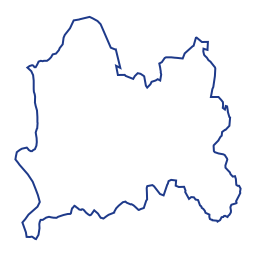 Kachia, Kaduna, Nigeria
{"feature_id": "59680162B32850327292174", "entity_name": "Kachia", "entity_type": "district", "adm_level": 2, "iso_a3": "NGA", "parent_name": "Nigeria", "parent_adm1": "Kaduna", "projection": "equal_earth", "projection_center": [7.682, 9.854], "detail": "fine", "context": "isolated", "style": "outline", "palette": "blue", "viewbox_px": 256, "rotation_deg": 0, "n_neighbors": 0, "source": "geoboundaries", "source_scale": "gbopen_adm2", "svg_char_len": 4031}
<svg xmlns="http://www.w3.org/2000/svg" viewBox="0 0 256 256"><path d="M26.6,236.9L29.9,237.0L31.3,236.7L31.9,236.7L32.3,236.8L35.1,238.8L36.0,239.1L38.5,234.8L39.5,228.3L39.5,228.2L39.3,224.1L39.7,222.0L40.6,219.9L42.7,219.9L46.2,217.6L49.0,216.8L51.0,217.3L53.5,217.7L56.0,217.8L56.6,217.8L58.1,216.8L63.5,215.0L67.7,214.0L70.3,213.9L70.9,213.3L71.5,210.4L72.1,208.3L72.6,208.0L74.4,205.8L75.4,206.3L76.5,207.4L77.1,207.7L77.4,207.9L79.2,209.5L81.1,209.9L81.6,209.4L82.7,209.3L83.8,210.0L86.1,212.7L88.5,214.6L89.9,215.3L91.1,214.7L94.2,210.3L98.0,213.6L98.6,214.6L100.7,217.8L101.4,217.9L101.6,217.9L103.2,218.5L103.5,218.5L106.4,216.3L108.6,214.8L109.1,214.6L114.2,212.6L114.2,211.9L116.2,208.3L118.7,205.7L122.9,202.2L125.5,201.6L126.5,202.6L130.7,204.4L131.5,204.2L133.6,205.4L135.4,207.0L138.5,209.9L138.8,209.8L139.4,209.8L140.3,209.2L143.8,208.0L146.2,200.7L147.1,199.4L146.9,192.5L146.7,188.1L147.2,186.2L147.3,186.1L152.4,185.1L153.9,186.2L154.2,186.5L160.0,194.0L163.6,195.4L164.0,194.3L167.3,184.5L167.9,183.7L168.2,182.3L168.6,181.1L171.1,179.9L171.3,179.9L176.1,180.5L175.7,185.7L178.8,187.0L184.1,186.8L185.5,190.6L185.2,192.0L189.0,198.9L191.2,197.1L193.9,197.3L195.6,199.6L195.8,199.6L196.1,199.6L198.1,200.1L200.0,205.4L201.2,206.3L201.4,206.6L201.7,207.8L203.3,208.9L204.8,210.8L205.5,212.8L209.4,214.6L209.4,215.4L209.4,215.5L209.3,216.8L209.9,219.0L211.4,219.7L211.5,219.7L212.2,219.8L212.4,220.0L212.5,220.3L217.0,220.7L217.5,221.6L220.1,220.1L221.6,217.2L223.3,217.0L223.9,216.1L225.0,215.8L227.5,217.0L228.3,215.7L229.5,214.7L230.8,212.5L230.8,212.4L231.0,210.9L230.5,208.1L230.5,207.6L230.4,207.3L230.5,206.9L231.2,205.1L231.5,204.7L236.1,203.3L236.6,202.9L236.1,201.2L238.6,196.4L240.3,193.0L240.0,192.0L240.6,188.6L239.1,185.8L237.6,185.8L236.3,184.8L235.9,179.5L235.9,179.1L235.0,176.2L232.8,176.6L231.3,175.0L231.1,174.8L230.4,173.9L229.9,172.4L227.8,170.2L225.5,167.7L225.4,165.5L227.3,159.6L227.0,158.5L224.7,155.0L223.2,154.3L218.8,153.5L218.7,153.5L214.8,152.2L213.9,151.1L213.6,145.9L213.8,145.2L218.5,140.4L218.6,140.0L220.5,136.8L221.7,135.7L222.1,132.0L224.9,129.9L225.5,129.9L229.4,125.8L230.1,117.5L229.4,117.1L227.8,111.7L227.9,111.4L227.1,106.4L226.2,106.1L225.8,106.0L224.9,109.5L222.8,107.9L223.1,105.2L222.9,102.1L221.5,100.3L218.5,97.0L210.9,97.0L212.4,89.0L213.3,87.0L214.9,76.1L215.3,68.5L215.0,67.4L211.8,63.4L210.5,61.7L208.4,60.1L206.9,57.7L204.4,55.3L204.0,54.4L203.3,51.4L203.5,48.7L205.3,49.3L207.5,49.9L207.6,47.8L207.9,41.9L201.9,42.0L196.6,37.6L195.9,37.8L193.6,45.8L192.6,46.3L184.7,53.4L182.7,58.5L177.2,57.9L174.6,57.7L171.0,57.3L166.1,57.3L164.7,58.0L161.8,62.2L159.3,63.5L160.2,67.9L160.4,69.4L160.7,71.0L160.8,72.2L160.7,72.5L161.2,74.5L160.2,80.5L157.7,79.2L155.6,80.5L154.4,80.9L151.6,81.8L150.4,84.3L147.2,87.6L145.9,85.7L144.2,76.4L143.7,75.9L140.5,73.8L137.7,73.2L134.8,76.1L133.2,78.9L125.6,75.9L125.4,75.6L124.7,74.9L124.3,74.9L117.9,75.0L116.1,65.8L120.3,67.9L115.8,49.4L115.3,49.5L110.8,47.7L102.1,27.6L100.6,24.2L97.5,21.0L92.6,18.3L89.6,16.9L79.6,19.3L79.2,19.5L73.7,20.4L70.0,28.3L64.8,34.9L63.6,37.7L62.7,44.2L62.7,44.3L59.7,48.1L58.9,50.1L56.0,53.6L52.7,54.4L51.1,57.2L49.2,59.2L47.0,60.8L43.9,60.8L42.7,61.2L40.8,60.8L38.6,61.6L37.3,64.4L35.7,67.2L35.4,67.2L34.5,67.2L33.3,65.6L32.1,65.2L29.6,66.0L27.4,67.6L28.4,68.5L29.9,69.9L31.3,71.2L32.0,72.8L33.1,75.1L33.7,80.6L33.7,84.0L33.7,85.8L33.7,89.1L33.9,91.9L34.4,93.3L34.7,94.3L35.1,96.8L35.0,99.6L35.0,101.6L34.9,102.3L35.4,104.6L35.6,105.6L35.9,106.7L37.0,110.5L37.4,117.1L37.4,119.1L37.4,119.6L37.4,121.7L37.4,122.3L37.6,122.9L37.2,128.4L36.8,128.9L35.7,132.5L36.3,136.3L36.6,138.0L36.8,142.1L36.5,144.6L36.4,145.7L34.9,149.2L33.3,150.0L32.1,151.1L30.6,151.1L28.8,150.0L28.0,148.9L26.8,147.6L21.9,148.7L20.0,149.8L19.3,150.3L17.8,151.4L16.8,152.2L16.0,155.9L15.8,156.9L15.8,157.1L15.4,159.4L17.8,162.4L19.6,164.9L19.7,165.0L27.8,174.3L32.7,181.7L35.6,189.0L37.9,195.1L39.8,202.0L37.5,206.7L28.5,214.6L25.3,219.1L22.4,222.5L25.9,232.3L26.6,236.9Z" fill="none" stroke="#1e3a8a" stroke-width="2"/></svg>